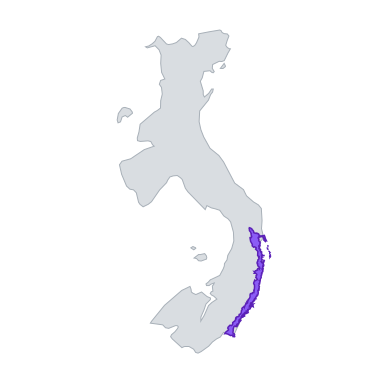 location of Comarca Kuna Yala, Kuna Yala, Panama, rotated 79°
{"feature_id": "35544464B26872392116911", "entity_name": "Comarca Kuna Yala", "entity_type": "district", "adm_level": 2, "iso_a3": "PAN", "parent_name": "Panama", "parent_adm1": "Kuna Yala", "projection": "albers", "projection_center": [-78.308, 9.061], "detail": "fine", "context": "in_parent", "style": "filled", "palette": "violet", "viewbox_px": 384, "rotation_deg": 79, "n_neighbors": 0, "source": "geoboundaries", "source_scale": "gbopen_adm2", "svg_char_len": 9055}
<svg xmlns="http://www.w3.org/2000/svg" viewBox="0 0 384 384"><g transform="rotate(79 192 192)"><path d="M341.5,179.0L340.4,179.8L337.4,184.1L335.8,187.8L339.7,191.8L340.9,195.9L343.1,200.5L346.5,205.0L350.4,213.5L351.3,216.8L350.2,219.0L346.6,220.4L343.1,224.4L342.2,229.2L342.9,231.6L332.6,239.3L330.0,240.6L328.2,239.4L326.0,235.5L323.4,232.4L322.0,231.3L321.2,231.3L320.4,232.0L320.0,233.7L321.4,240.9L320.2,243.9L316.8,246.1L312.8,257.9L311.2,256.4L298.0,240.6L286.7,220.9L284.3,212.0L287.2,211.5L290.1,211.7L291.6,210.3L293.4,207.8L292.0,201.7L297.5,197.2L299.6,194.1L301.1,194.5L304.7,199.7L310.0,202.7L316.4,207.1L320.4,208.0L315.4,203.5L306.6,197.4L304.2,193.5L301.9,188.0L298.5,190.4L296.9,192.4L295.1,193.5L293.6,192.1L293.3,190.4L288.2,190.0L286.9,188.4L285.5,187.5L286.1,190.9L287.1,193.1L286.6,195.6L284.9,195.8L283.5,193.1L281.7,190.8L279.2,180.7L273.4,176.0L270.8,174.4L268.5,173.8L265.3,170.6L261.0,168.9L255.2,163.9L248.1,160.3L239.3,159.0L228.7,159.8L225.1,161.8L222.7,164.3L221.5,165.4L215.2,168.3L212.9,172.5L211.3,176.0L208.2,180.0L211.8,182.4L191.2,195.9L187.1,197.8L177.9,199.2L175.8,200.6L173.0,203.3L172.6,207.3L173.0,210.8L175.6,213.5L178.0,215.2L183.7,223.3L193.8,233.6L195.7,237.3L197.2,242.8L194.2,245.4L191.8,246.4L182.1,246.8L178.7,249.0L177.4,252.4L173.7,255.1L161.2,257.7L151.4,258.0L148.4,254.8L147.7,245.9L141.3,230.8L139.8,220.4L138.1,221.7L134.6,222.8L133.4,225.4L132.5,233.1L131.2,235.7L128.5,235.4L122.9,232.6L115.6,230.0L106.4,213.7L105.4,210.6L103.6,206.9L96.4,205.3L90.2,202.5L83.5,202.0L80.0,203.5L76.5,201.5L75.9,197.1L68.8,199.0L59.8,198.2L51.7,196.2L46.1,197.2L41.4,200.3L42.0,208.4L40.6,209.9L40.4,206.6L38.9,202.8L37.0,199.6L32.9,196.3L32.7,195.1L34.3,193.5L41.8,188.8L42.8,186.9L42.9,182.7L42.3,178.8L39.0,173.0L41.0,169.4L44.8,166.6L48.8,164.3L49.4,163.4L48.7,161.4L46.5,159.2L41.2,155.6L38.0,155.3L38.0,144.9L38.3,133.8L39.1,132.7L41.1,132.1L42.6,130.4L43.6,127.2L45.9,126.0L50.1,128.6L54.4,130.9L56.2,130.2L57.6,129.1L58.5,128.0L58.8,127.0L62.2,130.0L69.2,135.3L69.6,137.9L68.9,140.4L70.8,147.4L74.4,148.5L78.1,147.2L79.0,148.5L78.3,149.8L76.4,151.2L75.9,157.3L81.9,160.2L84.9,162.7L94.9,161.7L98.6,162.4L101.1,161.7L98.4,156.8L94.7,153.1L95.0,151.5L97.8,152.7L100.0,155.2L104.9,158.3L113.9,169.0L124.3,171.6L132.5,171.4L140.2,170.0L152.5,166.0L161.4,158.6L168.4,155.3L191.4,148.4L199.5,141.0L203.0,140.1L206.2,139.2L213.4,133.6L217.3,129.3L221.4,127.1L233.5,128.7L241.3,130.8L246.7,130.5L251.9,132.0L254.2,135.2L256.5,136.5L269.3,136.2L279.8,137.8L302.8,147.2L316.5,156.4L323.8,166.3L341.5,179.0ZM110.0,251.4L107.0,251.7L100.9,249.3L96.4,244.6L96.1,243.2L96.2,241.6L98.7,237.0L102.0,235.4L103.3,235.4L106.3,240.9L104.2,242.9L105.0,246.3L109.5,248.8L110.0,251.4ZM258.2,200.2L257.2,202.6L254.6,197.4L255.0,196.0L254.9,191.3L257.3,190.1L259.1,190.0L260.6,190.6L261.5,196.2L260.7,198.7L258.2,200.2ZM76.7,138.0L76.1,140.6L71.9,135.9L74.4,135.2L75.3,135.3L76.7,138.0ZM249.1,201.3L246.6,203.8L245.7,201.5L247.4,199.1L248.0,199.0L249.1,201.3Z" fill="#d9dde1" stroke="#a8b0b8" stroke-width="1"/><path d="M238.0,142.5L238.8,142.9L240.3,142.8L240.9,143.0L242.6,142.1L243.9,142.0L244.1,141.7L245.3,142.2L246.6,141.9L247.4,142.0L248.3,143.0L247.7,143.5L247.9,143.8L251.7,143.9L254.9,142.8L256.3,143.2L258.0,142.0L257.7,141.1L258.8,139.7L259.3,139.6L260.2,140.5L262.8,138.7L266.9,139.7L267.5,139.4L267.8,138.6L268.3,138.4L268.5,138.9L269.1,139.1L269.6,138.7L270.6,139.3L271.1,140.2L272.8,140.8L273.3,141.5L274.8,141.7L275.1,141.2L276.2,141.5L277.6,141.2L278.8,140.0L279.3,140.2L279.8,140.1L279.8,140.7L280.3,140.7L279.7,141.1L279.7,142.0L280.4,142.6L281.1,142.6L281.0,143.1L281.4,143.7L281.4,144.7L282.2,145.6L282.0,146.1L282.9,145.6L283.6,146.4L284.0,145.0L284.8,144.3L285.7,144.1L286.4,145.1L287.5,145.2L288.2,145.7L288.8,145.1L290.4,144.5L291.2,147.0L290.6,147.3L293.2,148.9L294.1,148.9L294.8,148.4L297.0,148.7L300.2,149.6L300.2,150.1L301.7,150.1L302.6,150.6L302.2,151.1L302.5,152.1L303.2,152.3L302.9,154.0L304.1,154.7L306.0,155.0L307.5,156.0L308.2,157.1L308.9,157.4L308.9,157.8L310.4,158.3L310.1,158.9L311.1,158.8L311.0,159.2L311.7,159.2L311.9,159.6L311.6,160.4L312.2,160.3L312.9,161.2L315.0,162.5L314.4,162.5L314.2,162.8L314.8,163.4L315.1,164.5L316.0,165.3L316.9,165.1L317.8,166.1L320.0,166.8L321.1,167.7L321.1,168.9L321.7,169.3L322.4,169.2L323.2,169.9L323.0,170.4L323.2,172.2L323.7,172.3L323.9,173.1L324.5,173.3L324.8,173.0L325.6,173.5L326.1,174.2L327.0,174.7L327.1,175.5L328.0,177.0L329.2,177.2L330.3,178.0L330.7,178.7L330.0,180.1L331.3,182.1L332.4,182.9L333.6,182.4L334.4,182.6L336.1,185.8L337.3,186.8L337.3,186.2L338.2,184.1L340.3,181.5L340.3,179.7L341.9,179.2L341.8,178.3L342.2,177.8L341.8,177.2L341.9,177.8L341.5,178.3L340.4,177.4L339.9,177.5L339.9,177.8L339.1,177.8L339.0,178.5L337.7,178.6L335.3,177.8L334.5,177.8L333.1,177.0L332.9,177.2L333.0,177.0L332.0,176.4L331.8,175.9L331.8,175.3L332.4,174.8L332.7,173.9L332.0,172.8L331.5,172.7L331.3,173.5L331.0,173.2L330.7,173.3L330.2,172.8L330.2,172.3L330.6,172.1L330.4,171.5L329.4,171.1L329.0,170.5L328.4,170.3L328.4,169.9L327.4,168.5L327.0,168.7L327.0,169.2L328.1,170.4L327.9,170.6L327.2,170.0L326.7,170.3L326.2,169.7L326.3,169.0L325.7,168.8L324.8,167.7L323.9,167.5L323.9,166.5L323.6,166.8L322.7,166.6L322.5,166.2L322.8,165.9L321.6,165.1L321.6,164.4L321.3,163.6L320.9,163.5L321.0,163.1L320.7,163.4L320.4,162.9L320.7,162.1L321.3,162.4L321.5,161.9L320.7,161.5L320.3,161.7L320.4,161.3L320.8,161.2L320.0,160.7L319.9,160.4L320.2,160.3L319.9,160.2L319.5,160.5L319.6,160.2L319.3,160.1L319.7,160.0L318.0,158.9L317.8,157.3L316.0,156.1L315.9,155.6L315.6,155.7L315.3,155.0L314.9,155.0L315.1,154.9L314.9,154.4L314.2,153.9L314.6,155.2L314.3,155.8L314.9,156.2L315.4,157.2L314.6,156.8L314.8,157.3L314.5,157.2L314.3,156.8L314.5,156.5L313.3,156.1L313.7,155.7L313.6,155.1L313.5,155.6L312.9,155.5L313.5,155.0L312.8,154.9L312.9,154.6L312.0,153.9L311.9,154.1L311.8,153.5L311.1,153.3L310.5,152.2L309.9,152.0L309.7,151.4L310.4,151.7L310.0,151.0L309.3,150.6L308.1,151.2L309.0,150.7L308.6,150.3L308.8,149.6L308.2,149.8L307.5,149.6L306.8,148.3L306.4,148.4L306.1,147.8L305.6,147.7L305.6,147.0L303.7,146.2L301.2,146.1L301.0,145.6L301.4,145.3L301.3,145.1L300.7,144.9L300.9,145.3L300.5,145.3L297.7,143.9L296.9,144.2L295.7,144.0L295.6,144.3L295.7,144.0L295.2,143.3L294.7,143.5L294.6,143.0L293.4,142.8L293.4,142.5L292.3,142.1L291.9,142.5L291.8,141.9L290.6,141.6L289.2,140.4L288.8,140.4L288.9,140.9L288.8,140.4L287.0,140.0L286.7,139.4L285.3,139.3L285.3,138.9L284.6,139.0L283.7,137.7L283.0,137.8L282.4,137.4L281.7,137.7L281.7,137.1L281.4,137.1L281.1,137.4L281.1,137.2L280.7,136.8L280.2,137.2L279.1,137.0L278.2,136.6L278.1,136.3L277.4,136.3L276.6,135.6L275.6,135.9L274.7,136.9L274.6,136.6L274.1,136.6L273.4,137.2L273.4,136.7L272.0,136.2L271.9,136.0L271.0,136.6L270.2,136.3L269.8,135.7L269.3,136.1L268.4,135.6L268.1,135.7L268.2,135.2L267.8,135.3L267.7,134.8L266.5,135.2L266.2,135.6L264.3,135.1L264.1,135.9L263.3,136.1L263.2,135.8L262.4,136.4L261.5,135.7L261.1,135.9L260.7,136.9L259.9,137.0L259.6,136.5L258.6,136.5L258.2,136.8L257.6,136.7L256.9,135.7L257.3,135.9L257.6,135.7L257.1,135.6L257.1,135.3L256.2,135.4L255.0,134.7L254.8,135.0L253.5,134.9L252.9,135.7L252.0,135.8L251.2,135.3L249.7,135.9L249.0,135.4L249.4,134.8L248.7,133.7L249.2,133.1L249.0,132.7L248.7,132.9L248.7,131.9L249.2,131.8L249.6,130.9L250.1,130.6L250.8,130.6L250.6,130.2L250.9,130.5L252.5,130.3L252.9,130.6L253.4,130.0L252.9,129.8L253.9,129.9L254.7,129.3L254.4,128.9L253.7,129.1L251.9,128.9L251.9,129.2L251.7,128.9L249.9,129.0L248.4,129.3L248.3,134.4L247.9,134.4L247.9,133.9L247.6,133.8L246.2,134.9L245.8,134.7L244.8,136.1L244.6,136.7L244.9,137.0L244.2,138.2L244.1,138.8L243.5,139.2L242.4,139.0L241.1,139.6L240.7,140.2L240.0,140.1L238.7,141.2L238.0,142.5ZM320.7,159.7L320.2,160.0L321.1,160.5L321.1,160.0L320.7,159.7ZM323.0,163.9L321.7,163.2L321.8,163.5L322.6,164.3L322.9,164.2L323.0,163.9ZM323.3,164.2L322.6,164.3L323.6,164.9L323.9,164.7L323.9,164.3L323.4,164.5L323.3,164.2ZM325.1,165.8L324.5,165.9L324.5,166.1L325.1,165.8ZM311.1,152.3L310.8,152.4L311.4,152.9L311.1,152.3ZM269.9,127.5L269.4,127.4L269.6,127.7L269.9,127.5ZM259.4,127.7L258.9,127.4L259.1,127.7L259.4,127.7ZM269.1,127.6L268.9,127.2L268.6,127.4L269.1,127.6ZM266.6,127.3L266.5,127.0L266.2,127.2L266.6,127.3ZM316.2,153.8L315.7,153.8L316.0,154.0L316.2,153.8ZM267.8,133.3L267.4,133.2L267.8,133.4L267.8,133.3ZM270.6,127.8L270.3,127.5L270.2,127.7L270.6,127.8ZM253.1,128.5L252.7,128.6L252.7,128.8L252.8,128.8L253.1,128.5ZM274.0,134.7L273.7,134.8L274.0,134.9L274.0,134.7ZM262.5,128.5L262.3,128.5L262.1,128.7L262.3,128.7L262.5,128.5ZM313.7,153.4L313.9,153.5L313.7,153.2L313.7,153.4ZM276.1,135.6L275.7,135.4L276.1,135.6ZM324.4,165.8L324.0,165.8L324.4,166.0L324.4,165.8ZM265.3,127.2L265.1,126.9L265.2,127.3L265.3,127.2ZM269.5,134.0L269.8,133.7L269.4,134.1L269.5,134.0ZM253.8,134.7L253.6,134.7L253.8,134.7ZM273.0,133.5L273.0,133.8L273.2,134.0L273.1,133.8L273.0,133.5ZM275.2,135.6L275.0,135.4L274.9,135.5L275.2,135.6ZM329.2,170.1L329.1,170.4L329.2,170.1ZM278.7,136.1L278.8,136.3L279.0,136.4L278.9,136.2L278.7,136.1Z" fill="#8b5cf6" stroke="#5b21b6" stroke-width="1.5"/></g></svg>